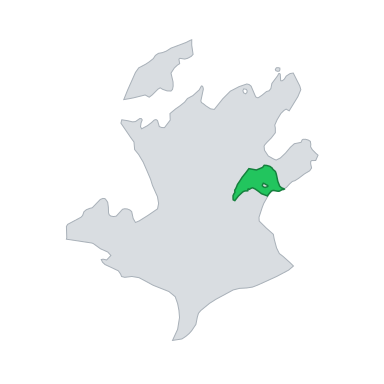 Azerbaijan, with Şəki highlighted, rotated 101°
{"feature_id": "AZE-1727", "entity_name": "Şəki", "entity_type": "District", "adm_level": 1, "iso_a3": "AZE", "parent_name": "Azerbaijan", "parent_adm1": "", "projection": "natural_earth1", "projection_center": [47.21, 41.124], "detail": "fine", "context": "in_parent", "style": "filled", "palette": "green", "viewbox_px": 384, "rotation_deg": 101, "n_neighbors": 0, "source": "natural_earth", "source_scale": "10m", "svg_char_len": 4200}
<svg xmlns="http://www.w3.org/2000/svg" viewBox="0 0 384 384"><g transform="rotate(101 192 192)"><path d="M262.3,306.3L260.8,306.2L249.8,308.7L247.5,307.9L238.0,296.2L236.0,294.9L232.0,294.3L229.6,292.4L227.6,289.3L226.5,286.9L216.8,280.6L215.3,278.2L215.1,276.2L216.5,274.4L218.2,272.8L222.9,271.2L228.5,269.9L230.2,268.9L231.1,267.2L231.1,264.5L230.2,261.8L222.2,256.9L221.3,254.9L221.0,252.3L221.5,249.6L222.7,247.5L229.2,244.7L232.7,241.7L230.5,238.4L223.5,230.9L215.1,222.6L209.6,222.6L203.2,225.0L193.0,232.1L187.4,235.1L180.0,240.1L172.0,245.6L165.4,251.5L161.3,256.4L154.0,258.5L150.2,262.6L138.0,274.9L134.5,274.7L134.3,268.6L134.5,263.8L133.7,261.0L129.8,257.2L129.7,255.6L130.8,254.6L133.9,255.2L137.8,255.0L139.6,253.5L135.4,248.4L131.7,245.1L128.6,242.8L127.9,241.5L127.9,240.5L128.6,239.4L134.0,236.6L134.5,234.1L134.1,231.3L125.6,227.1L119.2,228.6L113.5,223.9L109.8,220.3L105.2,216.4L101.1,214.3L97.2,209.5L90.4,204.4L86.1,203.0L86.1,202.2L86.9,201.3L88.8,200.5L100.9,200.7L102.4,199.8L103.2,197.7L104.9,194.5L106.8,189.8L106.7,185.9L94.5,179.5L85.7,173.6L79.6,165.9L75.5,158.8L75.6,156.5L76.8,154.2L86.4,147.7L87.0,146.0L86.8,144.9L83.5,141.6L79.2,138.1L77.9,135.6L75.3,134.3L70.2,134.3L61.3,130.0L59.4,129.6L59.0,128.8L59.4,127.9L65.8,126.2L65.7,124.8L63.8,123.0L60.2,121.6L57.0,118.3L55.9,115.3L67.4,106.4L70.8,104.7L78.3,106.3L93.8,112.1L92.7,115.4L94.3,117.2L97.9,119.7L104.7,122.2L110.5,123.5L113.4,122.4L117.9,121.5L123.7,124.4L129.1,128.0L131.7,129.5L133.2,130.0L137.2,128.8L142.1,124.0L144.0,118.3L144.6,115.5L141.7,111.7L135.9,107.6L129.4,104.0L125.1,100.8L122.5,94.5L119.8,93.8L119.1,93.0L118.6,90.8L118.8,87.8L119.7,85.5L122.4,84.5L125.0,84.2L127.5,82.0L130.5,77.6L131.8,75.3L137.5,76.6L138.3,80.5L139.3,81.3L141.7,80.9L145.6,79.2L148.7,80.5L152.8,85.1L158.3,90.0L161.3,93.2L162.5,95.5L165.4,97.7L169.5,100.2L172.9,104.3L175.8,113.6L178.8,115.8L189.6,119.4L193.4,120.1L204.0,121.4L207.7,120.5L213.1,112.4L218.0,104.1L222.6,102.3L230.8,98.3L235.8,94.5L237.8,90.4L242.4,82.7L245.3,78.3L250.2,82.2L258.7,92.7L270.8,109.7L273.8,114.5L275.8,120.1L277.5,126.9L280.3,132.9L292.7,148.0L298.0,153.6L306.7,160.8L309.8,162.5L313.8,162.9L321.2,162.9L328.1,165.8L331.5,167.8L335.0,170.6L338.2,173.9L341.4,182.8L329.5,179.9L317.6,180.3L310.8,182.2L304.3,184.8L298.0,188.5L294.1,195.7L291.0,212.2L286.2,227.7L286.4,234.9L288.6,241.8L288.4,245.0L286.2,246.4L283.4,249.3L279.8,263.6L278.0,266.4L275.6,268.2L274.9,266.5L275.0,262.8L269.8,259.5L267.0,263.2L265.2,271.0L261.4,279.2L261.2,280.8L262.3,306.3ZM84.8,160.3L85.4,158.1L83.9,157.1L82.3,157.1L80.9,158.2L80.9,160.9L82.8,161.4L84.8,160.3ZM45.2,224.9L43.4,222.6L42.6,221.3L47.9,220.3L56.7,217.2L59.1,218.7L61.6,221.8L62.9,224.5L63.1,229.4L64.1,230.2L68.4,228.6L70.3,230.6L73.6,233.0L79.3,235.3L87.6,231.6L91.7,230.7L95.0,230.7L96.9,231.9L97.5,235.8L96.8,240.5L95.8,243.1L97.5,245.0L104.3,249.6L107.1,252.1L105.7,256.5L110.7,267.3L112.4,271.5L114.3,276.6L104.0,274.6L85.4,270.3L80.3,268.0L75.5,262.0L72.7,259.1L68.4,255.4L64.9,254.0L62.3,251.4L60.8,247.6L58.6,244.1L54.8,240.1L46.3,226.3L45.2,224.9ZM56.9,132.9L55.8,133.6L54.0,132.9L53.5,131.2L53.6,129.4L55.4,129.0L56.8,129.5L57.2,131.1L56.9,132.9Z" fill="#d9dde1" stroke="#a8b0b8" stroke-width="1"/><path d="M171.5,101.9L171.9,102.3L172.2,102.9L172.3,103.5L172.6,104.2L174.3,106.1L174.7,106.9L174.9,108.6L174.8,112.1L175.3,113.6L176.2,114.5L180.3,116.8L181.5,117.2L181.0,119.9L180.4,123.5L179.2,125.8L178.1,128.1L177.0,130.6L176.3,133.3L177.2,134.9L178.4,136.1L178.2,137.1L178.7,137.7L179.4,137.4L180.2,137.5L180.5,138.7L180.8,140.1L181.5,141.3L182.4,142.3L187.1,145.7L192.3,148.3L191.8,150.1L189.9,150.6L187.8,151.0L185.8,150.5L184.9,150.1L183.9,149.8L183.4,150.0L183.0,150.3L181.7,150.3L180.3,149.7L178.1,149.2L175.9,148.8L171.9,147.1L167.8,145.5L163.1,143.0L158.2,140.6L158.1,133.0L154.4,127.4L152.0,126.2L151.7,123.6L152.0,120.4L153.2,117.9L154.1,117.1L154.8,116.2L155.3,115.0L156.2,113.9L158.3,112.7L160.4,111.8L165.2,109.8L169.6,107.0L170.8,104.9L171.3,102.2L171.5,101.9ZM172.0,124.3L172.8,123.9L173.6,122.1L173.5,120.8L172.4,119.0L171.7,118.6L171.1,119.0L170.8,120.1L170.4,121.3L169.9,122.7L169.8,123.7L172.0,124.3Z" fill="#22c55e" stroke="#15803d" stroke-width="1.5"/></g></svg>